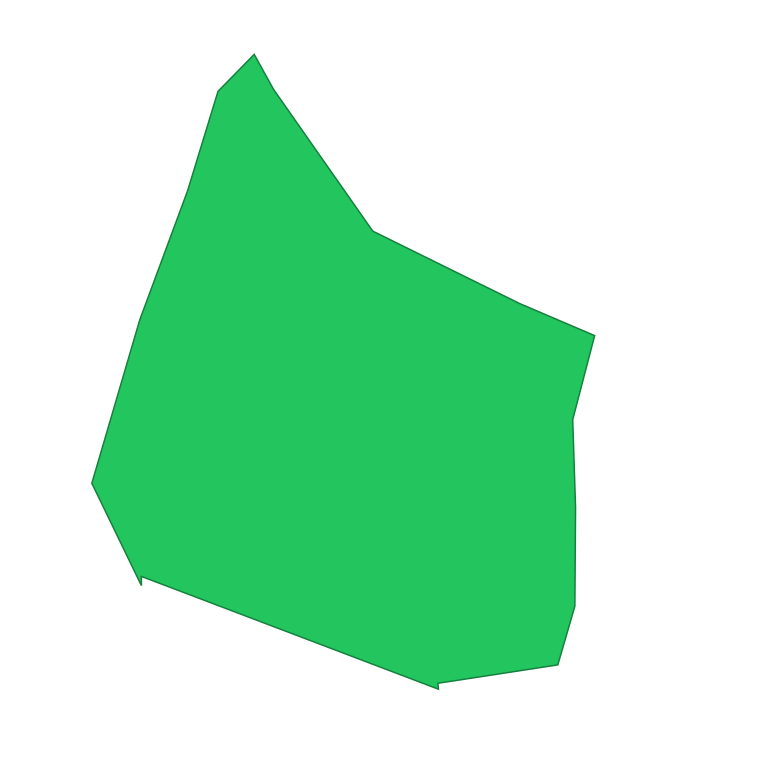 67, Ad Dawhah, Qatar (Robinson projection), rotated 198°
{"feature_id": "91078587B3591736578448", "entity_name": "67", "entity_type": "district", "adm_level": 2, "iso_a3": "QAT", "parent_name": "Qatar", "parent_adm1": "Ad Dawhah", "projection": "robinson", "projection_center": [51.491, 25.342], "detail": "fine", "context": "isolated", "style": "filled", "palette": "green", "viewbox_px": 768, "rotation_deg": 198, "n_neighbors": 0, "source": "geoboundaries", "source_scale": "gbopen_adm2", "svg_char_len": 399}
<svg xmlns="http://www.w3.org/2000/svg" viewBox="0 0 768 768"><g transform="rotate(198 384 384)"><path d="M237.9,110.6L240.3,116.0L131.9,170.6L133.8,231.7L163.7,325.9L193.5,408.4L198.6,495.1L279.7,502.4L441.9,525.9L580.0,630.0L609.3,657.4L632.3,611.1L630.5,507.0L636.1,369.6L631.2,199.3L552.4,117.3L555.3,126.0L245.1,110.9L237.9,110.6Z" fill="#22c55e" stroke="#15803d" stroke-width="1.5"/></g></svg>